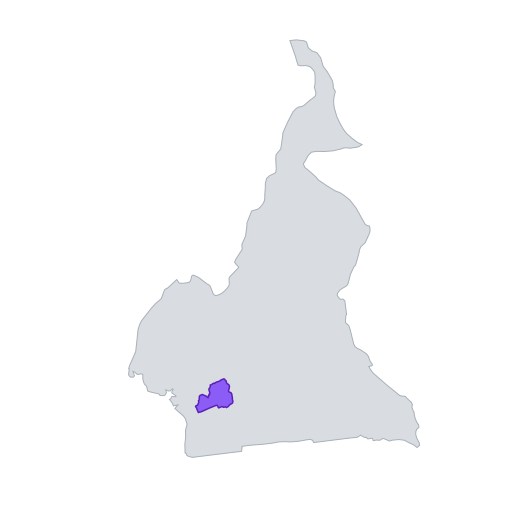 Nyong-et-Kelle, Centre, Cameroon shown in context, rotated 353°
{"feature_id": "32672807B27096701160694", "entity_name": "Nyong-et-Kelle", "entity_type": "district", "adm_level": 2, "iso_a3": "CMR", "parent_name": "Cameroon", "parent_adm1": "Centre", "projection": "orthographic", "projection_center": [10.8, 3.763], "detail": "fine", "context": "in_parent", "style": "filled", "palette": "violet", "viewbox_px": 512, "rotation_deg": 353, "n_neighbors": 0, "source": "geoboundaries", "source_scale": "gbopen_adm2", "svg_char_len": 4947}
<svg xmlns="http://www.w3.org/2000/svg" viewBox="0 0 512 512"><g transform="rotate(353 256 256)"><path d="M115.9,352.4L117.0,349.6L125.0,336.1L130.0,314.6L132.3,309.5L134.6,306.2L146.1,294.7L150.4,291.1L156.7,286.9L161.1,278.5L162.6,277.6L164.6,276.9L174.4,269.8L175.3,271.2L176.0,272.9L176.7,273.6L179.9,274.2L184.3,274.2L186.9,273.7L188.2,272.2L189.6,268.3L190.4,267.5L191.4,267.3L196.2,270.1L204.2,277.9L206.2,279.3L207.0,280.8L208.8,287.9L209.8,289.7L211.5,290.4L214.6,289.9L217.8,288.7L220.6,286.8L223.4,284.5L225.3,282.4L226.1,280.8L226.5,275.0L227.1,273.7L237.4,265.3L237.2,264.5L235.5,262.2L234.0,259.6L235.5,256.9L237.1,254.9L243.0,247.9L243.4,242.8L248.1,234.9L250.8,224.4L250.9,222.4L257.1,210.8L263.6,209.7L266.1,208.1L269.0,205.3L270.9,202.6L271.7,200.1L272.4,195.2L273.5,189.6L274.2,184.7L276.1,180.2L279.4,177.9L285.0,176.0L285.9,175.1L286.7,172.1L287.4,162.2L288.3,157.8L293.6,152.8L295.8,145.0L297.8,136.9L303.7,127.0L310.5,117.2L313.7,114.6L316.5,113.3L319.6,113.2L321.7,112.5L329.1,107.6L332.3,105.9L334.5,104.2L335.1,102.7L335.3,100.6L334.5,95.6L335.7,91.9L336.4,86.1L336.7,81.7L336.4,80.1L334.9,77.5L332.7,74.7L328.9,73.1L323.8,72.7L321.0,71.7L320.0,66.5L319.6,63.3L315.9,46.3L322.4,46.4L330.2,48.3L332.2,49.9L333.3,55.7L336.2,59.0L341.2,61.7L344.4,67.2L345.7,75.7L348.5,80.8L349.1,81.6L353.2,91.2L353.5,95.6L353.2,98.6L354.8,102.3L352.5,108.7L351.8,112.5L351.7,118.0L353.2,127.6L355.7,135.0L358.2,141.0L361.0,145.7L365.6,150.8L370.4,155.5L374.9,158.4L370.8,160.2L362.8,160.5L358.2,159.5L356.0,159.5L353.8,160.1L345.3,161.0L336.6,160.6L328.6,159.5L323.7,159.7L320.0,162.6L317.0,166.9L314.2,170.3L315.2,174.1L317.4,176.2L321.6,180.8L325.3,185.2L327.2,188.2L334.7,194.8L342.0,200.6L345.4,202.6L346.6,203.0L350.6,206.4L356.0,211.9L361.1,220.5L368.2,237.8L369.8,239.2L372.2,240.1L372.5,242.0L372.3,244.7L371.6,246.9L366.1,256.0L361.3,259.5L359.9,261.6L358.1,266.9L353.7,277.2L351.8,278.7L347.5,285.7L344.0,294.6L343.1,295.9L341.6,297.0L336.5,299.2L334.8,300.3L332.2,303.1L331.8,304.9L333.0,307.4L334.5,309.3L337.2,309.4L338.7,311.2L338.8,324.9L337.6,326.9L337.6,327.9L337.0,330.2L336.8,332.8L337.2,333.9L338.3,334.7L339.7,336.6L340.5,340.7L342.3,355.5L343.2,357.8L344.6,359.5L349.2,362.6L353.9,366.8L355.4,369.5L356.3,374.0L358.2,377.5L358.1,378.7L357.4,379.1L354.4,379.4L355.5,382.0L357.9,386.4L370.1,400.0L381.8,412.1L384.5,413.0L386.6,413.3L387.5,414.0L388.5,415.7L392.4,420.2L393.1,422.7L392.3,425.2L393.2,429.0L393.9,430.3L393.7,431.6L394.1,436.2L395.2,440.3L396.9,443.7L396.7,446.1L394.5,447.5L393.2,449.8L392.8,452.9L393.5,456.7L395.2,461.2L395.3,463.9L392.5,465.7L389.4,462.6L385.9,460.5L380.7,456.9L375.5,455.6L368.8,455.4L365.9,455.9L360.9,453.0L359.3,452.6L357.1,453.8L355.6,453.9L353.7,453.4L349.8,453.5L349.5,451.4L348.8,451.0L344.7,451.2L343.4,449.4L342.9,449.6L341.2,449.1L337.9,446.6L334.4,448.3L327.2,448.1L290.5,448.2L289.7,445.9L287.8,444.7L284.5,444.6L274.8,445.1L267.4,444.7L262.4,443.8L256.1,443.3L248.5,443.8L240.6,443.7L226.5,443.1L218.8,443.2L218.9,444.6L218.4,445.7L218.0,448.1L168.2,448.1L164.2,446.4L163.0,445.3L162.6,443.3L161.6,443.0L162.4,434.4L164.1,427.1L164.8,420.4L167.1,414.4L165.9,408.5L164.4,405.9L156.9,397.5L160.4,394.3L155.8,394.7L154.9,391.6L152.7,387.8L154.0,387.3L155.3,385.2L159.4,385.8L159.3,384.8L155.8,381.7L156.1,380.1L157.6,378.3L156.9,377.6L154.3,379.4L152.5,379.3L151.1,378.1L150.0,377.9L150.6,380.4L149.2,382.5L147.9,383.3L145.5,383.1L143.6,382.6L143.1,381.4L141.4,380.5L136.4,378.8L132.2,377.0L131.4,371.8L129.7,369.6L129.0,367.1L128.7,364.3L129.2,359.9L128.2,359.2L127.0,358.9L125.1,359.2L123.5,358.9L121.5,356.5L119.8,355.5L120.8,360.0L119.6,361.3L116.6,360.9L115.3,359.2L115.1,357.9L116.5,352.5L115.9,352.4Z" fill="#d9dde1" stroke="#a8b0b8" stroke-width="1"/><path d="M209.3,374.1L208.9,374.0L207.9,374.4L206.8,374.5L206.5,374.6L205.8,375.0L205.5,375.2L205.3,375.4L204.3,375.7L203.0,376.2L201.7,376.2L200.1,376.8L199.6,377.4L198.3,377.1L196.4,378.1L194.9,378.5L194.8,379.4L194.5,380.3L194.3,380.8L193.9,381.3L193.0,382.3L193.1,384.0L193.6,386.3L193.1,386.8L192.6,387.6L192.9,388.1L192.7,388.2L191.8,388.7L191.6,389.8L191.2,390.7L190.5,390.4L189.7,389.2L188.2,388.3L187.0,387.6L185.7,386.9L184.5,387.3L183.6,387.5L183.1,388.0L182.7,388.3L182.5,389.4L182.3,390.1L182.3,390.8L182.2,391.7L181.3,392.6L181.3,394.3L179.7,397.1L178.3,397.2L177.7,398.1L178.4,399.5L178.8,401.3L179.3,403.0L179.7,404.3L182.8,403.9L183.1,403.8L186.3,402.8L191.4,401.2L197.8,399.5L198.7,399.4L198.8,399.4L199.4,399.8L199.9,400.9L200.1,401.8L200.5,402.2L201.1,402.1L203.7,401.3L204.6,401.4L205.0,402.1L205.7,402.2L207.1,401.9L208.2,402.8L210.0,402.1L211.7,400.5L212.8,400.0L213.1,399.9L213.9,399.6L214.8,399.0L215.4,397.3L215.1,395.8L215.3,393.4L215.1,391.5L215.2,390.3L214.7,389.2L214.5,388.6L212.6,387.6L212.2,386.7L213.1,384.6L213.8,382.1L213.3,380.3L212.1,379.4L211.9,379.3L211.3,378.3L211.2,376.5L210.2,375.3L209.9,374.5L209.3,374.1Z" fill="#8b5cf6" stroke="#5b21b6" stroke-width="1.5"/></g></svg>